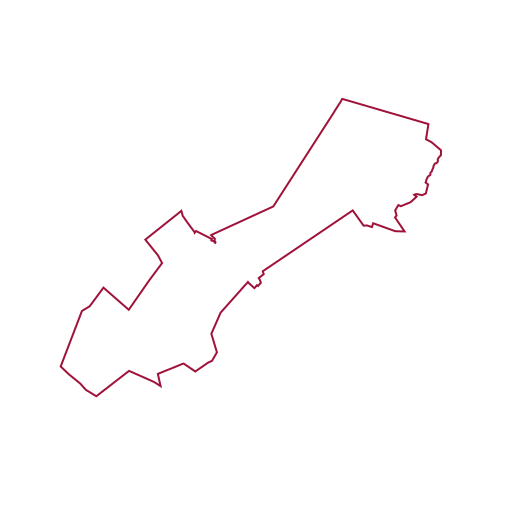 outline of Huépac, Sonora, Mexico, rotated 130°
{"feature_id": "50627088B93496185118848", "entity_name": "Huépac", "entity_type": "district", "adm_level": 2, "iso_a3": "MEX", "parent_name": "Mexico", "parent_adm1": "Sonora", "projection": "albers", "projection_center": [-110.289, 29.939], "detail": "fine", "context": "isolated", "style": "outline", "palette": "rose", "viewbox_px": 512, "rotation_deg": 130, "n_neighbors": 0, "source": "geoboundaries", "source_scale": "gbopen_adm2", "svg_char_len": 2363}
<svg xmlns="http://www.w3.org/2000/svg" viewBox="0 0 512 512"><g transform="rotate(130 256 256)"><path d="M84.3,290.2L94.6,288.9L97.0,288.5L206.9,274.6L267.4,303.2L268.9,303.8L269.3,298.5L270.1,298.2L270.5,297.8L270.8,297.6L271.1,297.1L271.3,296.5L271.6,295.9L271.7,295.7L272.2,295.7L272.2,296.2L271.9,297.0L271.9,297.5L272.0,298.3L272.1,298.8L272.4,299.4L272.7,299.8L272.7,300.2L272.6,300.5L271.4,300.8L275.4,318.0L277.6,317.9L277.3,318.4L277.2,318.6L277.1,319.0L277.0,319.3L276.9,319.7L276.8,320.1L276.7,320.7L276.6,321.1L276.4,321.7L276.3,322.1L276.3,322.5L276.1,323.0L276.0,323.5L275.8,324.6L275.6,325.0L275.6,325.3L275.5,325.6L275.4,326.3L275.2,326.8L275.1,327.2L274.8,328.6L274.6,329.6L274.1,331.2L273.9,332.3L272.9,335.7L272.4,337.9L271.4,339.3L269.4,342.2L270.9,342.5L271.1,342.5L271.5,342.6L314.6,351.3L318.2,333.2L318.5,331.6L321.8,323.4L343.8,322.1L379.0,318.9L378.3,352.5L401.4,351.1L410.0,354.0L466.2,334.6L466.9,323.3L466.7,308.6L467.9,300.2L467.8,299.7L466.1,288.2L425.6,279.4L418.0,253.0L417.0,245.5L409.4,255.4L385.8,242.9L384.9,242.2L383.5,228.3L368.6,224.2L364.5,222.3L354.9,224.0L344.3,240.2L322.1,246.7L295.3,245.9L294.8,245.9L293.1,245.8L290.0,245.8L288.5,245.7L287.2,245.7L285.1,245.6L283.3,245.5L283.2,245.5L281.5,245.5L281.1,245.5L281.4,243.5L281.5,241.5L281.5,240.8L281.6,238.5L281.7,236.6L280.3,236.5L278.9,236.5L277.8,236.5L277.8,236.4L277.7,235.2L274.3,235.1L273.4,235.1L272.3,236.7L271.1,239.7L269.1,239.3L265.0,238.4L263.3,241.0L158.9,211.2L163.6,193.1L161.3,190.7L159.3,185.8L155.6,187.3L147.5,165.3L143.5,160.2L141.7,158.0L137.1,174.3L134.7,174.3L131.6,178.7L125.5,179.7L124.8,177.1L115.5,172.2L107.3,171.1L107.4,174.1L106.0,173.5L104.9,172.2L102.6,167.8L98.9,166.1L90.6,170.2L90.7,173.3L89.9,173.5L88.9,174.1L88.5,174.3L87.9,174.5L87.3,174.7L86.6,174.8L86.3,174.9L85.9,175.0L85.7,175.2L85.4,175.3L84.9,175.3L84.5,175.3L83.6,175.2L82.9,174.8L82.2,174.6L81.5,174.7L81.1,175.3L80.6,175.6L79.9,175.9L79.1,175.8L78.5,175.7L75.8,176.6L73.8,177.2L73.1,177.8L71.9,178.1L70.9,178.3L70.3,178.2L69.8,178.2L69.4,177.9L68.9,177.5L68.3,177.3L67.7,177.3L67.0,177.5L66.5,177.6L66.1,177.8L65.9,178.0L65.6,178.6L65.2,178.8L64.8,179.0L64.1,179.2L63.3,179.2L62.9,179.2L62.3,179.3L60.0,179.1L56.1,182.2L56.0,194.7L56.7,198.1L57.2,200.3L57.3,200.8L44.1,208.7L72.1,272.5L80.2,290.9L84.3,290.2Z" fill="none" stroke="#9f1239" stroke-width="2"/></g></svg>